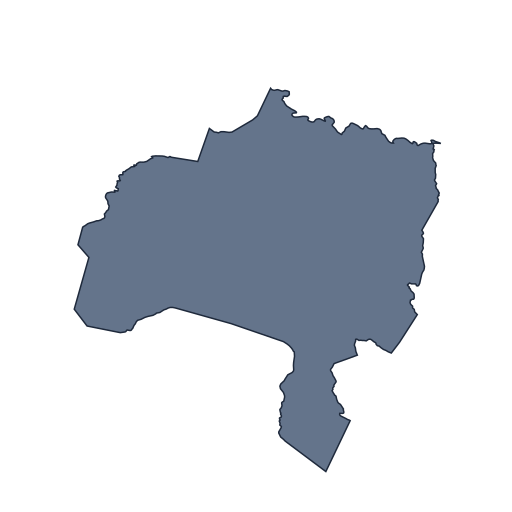 Villa de San Antonio, Comayagua, Honduras, rotated 112°
{"feature_id": "27666195B41071058173253", "entity_name": "Villa de San Antonio", "entity_type": "district", "adm_level": 2, "iso_a3": "HND", "parent_name": "Honduras", "parent_adm1": "Comayagua", "projection": "equal_earth", "projection_center": [-87.548, 14.295], "detail": "fine", "context": "isolated", "style": "filled", "palette": "slate", "viewbox_px": 512, "rotation_deg": 112, "n_neighbors": 0, "source": "geoboundaries", "source_scale": "gbopen_adm2", "svg_char_len": 6039}
<svg xmlns="http://www.w3.org/2000/svg" viewBox="0 0 512 512"><g transform="rotate(112 256 256)"><path d="M82.4,126.8L82.3,128.2L82.6,132.4L82.3,134.9L82.7,136.4L83.3,137.0L85.0,135.4L85.7,135.4L86.3,135.7L86.8,136.6L88.0,141.5L88.8,143.2L90.3,145.0L92.9,147.1L92.9,147.6L92.7,148.2L91.3,149.2L90.7,151.8L90.8,152.5L91.1,152.9L91.7,153.0L92.8,152.8L93.2,153.0L93.3,153.5L92.9,155.8L91.9,158.6L91.3,161.0L91.3,162.9L92.0,165.0L93.9,168.6L94.3,169.9L95.1,170.8L96.4,171.6L98.1,172.1L98.9,171.9L99.8,170.9L100.5,172.8L100.4,174.5L99.9,176.2L97.3,180.0L95.8,181.7L95.4,185.2L93.0,187.2L92.4,188.3L92.2,189.3L92.5,191.5L94.0,194.4L95.0,196.8L95.5,198.9L95.4,200.0L94.3,202.0L94.1,202.7L94.1,203.3L95.3,203.8L97.7,204.2L98.1,204.4L98.3,205.0L98.2,207.2L97.3,209.6L97.0,210.8L96.7,215.3L96.8,216.8L97.6,217.9L100.7,218.4L103.7,220.7L107.2,220.8L109.6,222.1L111.1,222.0L111.4,222.4L110.5,226.9L108.5,229.9L106.6,234.1L105.8,234.5L102.8,233.6L101.9,233.9L101.2,234.4L100.5,235.2L100.1,236.1L99.9,237.1L100.0,238.0L99.3,240.7L99.7,241.5L100.6,242.7L101.7,243.8L102.4,244.3L103.1,244.2L104.7,242.3L105.1,242.3L105.2,243.2L104.9,247.2L105.0,248.4L105.4,249.5L106.2,250.8L106.7,251.3L107.5,251.8L109.8,252.5L110.6,253.6L110.9,254.7L111.0,256.1L110.9,257.8L110.6,258.8L110.2,259.1L109.0,258.8L108.5,259.0L107.8,260.0L107.7,261.2L108.1,262.6L108.9,264.8L111.2,268.8L112.4,271.3L112.8,272.6L112.7,273.7L112.4,274.7L112.0,275.4L111.4,275.7L110.7,275.7L109.6,275.1L108.2,272.3L107.9,272.2L107.4,272.5L106.8,274.5L106.5,278.3L105.4,283.8L103.8,286.5L102.4,287.9L101.8,289.7L101.3,290.4L100.3,290.4L99.3,289.9L98.5,290.4L97.7,290.4L97.4,289.6L97.0,289.3L96.9,288.3L96.4,286.9L94.7,285.8L93.5,285.7L91.3,286.8L91.2,288.5L91.7,291.2L93.1,292.9L93.4,294.1L93.6,298.1L94.0,298.9L95.4,300.8L95.8,302.1L95.8,303.9L95.0,305.3L125.5,307.2L131.1,310.1L150.1,324.7L151.5,327.3L152.7,332.1L153.9,335.1L155.9,337.0L156.1,339.0L156.7,341.1L156.6,341.7L155.2,347.0L190.2,345.4L196.2,371.7L196.0,372.3L196.0,373.0L196.4,373.6L197.2,373.9L197.7,374.6L197.9,378.3L198.5,380.6L200.8,386.6L202.3,389.4L202.9,390.0L203.7,388.5L204.4,389.1L205.2,390.1L209.2,392.7L211.1,395.3L212.3,398.5L213.0,399.6L215.2,401.1L216.6,400.9L217.3,403.2L217.7,403.2L217.9,402.9L218.0,402.0L218.5,402.1L220.1,405.0L222.7,406.5L225.0,408.3L225.7,408.7L226.4,408.7L227.7,410.6L228.9,410.7L229.7,410.1L230.5,410.0L231.6,412.4L232.4,413.0L233.6,413.0L234.6,411.8L235.7,411.5L236.9,410.1L237.4,410.4L238.0,412.2L238.5,412.8L239.1,412.6L239.6,411.9L241.5,411.8L242.3,411.4L244.6,411.9L245.1,411.0L245.2,408.9L247.3,408.4L247.6,408.6L248.2,411.8L248.4,411.8L249.4,410.8L249.7,410.8L250.8,414.0L253.1,417.3L254.1,417.9L255.7,418.1L257.1,417.9L258.3,417.3L260.3,414.4L261.1,413.7L263.0,412.8L264.6,410.9L268.3,410.2L270.4,411.4L272.0,411.6L273.9,412.3L276.0,410.9L277.3,410.8L278.1,411.1L279.2,412.3L280.8,413.5L282.3,415.3L283.1,417.0L285.1,419.2L287.7,422.6L289.1,424.1L292.0,425.9L293.3,427.0L294.2,427.5L312.3,425.3L319.9,410.4L373.4,404.6L384.2,386.4L377.9,353.1L375.5,349.0L375.0,348.5L372.9,347.8L372.3,344.9L371.9,344.2L371.3,343.8L370.2,343.6L369.4,343.2L366.0,343.1L364.1,342.5L362.0,342.4L360.0,341.7L357.7,338.8L354.5,336.0L352.3,333.3L349.6,329.3L347.1,327.2L346.3,327.0L344.4,324.0L340.5,321.3L338.8,319.3L337.2,318.0L335.9,316.4L334.9,314.0L334.4,311.4L328.0,253.6L325.1,198.5L325.9,194.3L326.7,191.5L328.0,188.8L329.1,187.0L330.2,185.8L330.6,184.6L334.6,182.7L340.7,181.2L343.4,180.3L347.4,178.4L348.8,178.2L350.6,178.9L354.2,182.0L359.5,183.0L361.0,183.1L365.4,185.1L367.7,185.1L369.9,183.6L371.9,180.0L372.4,179.3L374.8,177.2L376.1,176.6L380.2,175.9L381.7,177.0L382.4,177.2L383.2,176.9L384.6,176.0L385.4,175.8L387.3,175.7L389.0,176.3L389.6,176.3L391.7,174.9L392.4,174.0L393.0,174.1L393.7,173.8L394.3,172.8L395.0,172.4L396.1,172.4L397.0,173.3L397.5,173.5L398.2,173.2L399.1,172.2L400.3,172.6L402.1,171.0L403.8,170.6L404.5,168.8L404.8,168.5L406.0,168.4L410.5,169.0L411.6,168.6L414.6,165.3L415.7,161.8L416.7,159.6L429.7,110.5L373.4,107.0L373.2,107.9L373.3,109.9L373.0,111.8L372.6,117.1L372.4,118.1L371.9,118.9L371.1,119.3L370.5,119.4L369.5,116.7L369.0,116.1L368.5,115.9L367.6,116.2L365.8,117.5L365.1,117.6L362.1,121.9L361.7,123.1L361.5,124.4L360.9,125.4L358.7,127.5L356.0,129.3L355.6,130.2L355.6,131.0L354.5,132.2L354.1,132.9L352.4,135.0L350.9,134.7L350.2,135.2L349.3,135.4L347.8,134.8L347.2,135.2L346.2,135.4L342.8,134.6L342.4,134.7L341.8,135.1L339.4,137.9L338.1,139.8L335.8,141.7L334.5,143.7L333.7,144.3L332.9,144.3L330.4,143.6L326.5,143.3L310.0,124.9L307.0,127.7L303.9,129.5L302.0,131.3L300.5,131.7L297.4,131.8L296.0,132.4L295.8,132.3L295.3,131.4L295.7,128.9L294.9,127.4L294.3,125.1L293.9,124.4L293.4,122.0L291.3,120.6L290.5,119.4L290.3,118.4L290.5,117.3L291.3,114.8L291.6,112.6L292.0,112.1L292.9,111.5L293.7,109.9L293.4,107.9L294.1,106.2L294.9,102.9L294.9,100.1L295.3,97.6L295.3,94.2L282.2,90.6L249.9,84.5L248.3,88.0L246.3,89.2L245.9,90.0L245.6,91.2L245.1,91.6L244.3,91.8L243.8,92.1L242.9,94.4L241.6,95.7L239.0,96.2L238.8,95.7L237.6,95.0L237.1,93.8L236.4,93.5L235.3,93.7L232.1,95.2L231.2,96.6L230.2,99.3L228.7,100.7L228.2,102.2L227.4,102.2L226.4,104.5L226.1,104.7L225.6,104.7L225.0,104.1L224.1,103.9L223.5,103.5L223.6,101.5L222.1,97.6L222.4,96.9L223.3,96.2L223.4,95.5L223.1,94.7L222.3,94.2L220.0,94.0L210.4,95.6L208.2,95.5L206.3,95.1L204.6,95.3L202.5,95.9L194.1,101.6L191.9,102.4L190.6,104.1L186.4,103.8L185.3,104.3L184.2,105.3L181.0,105.9L177.5,107.1L177.1,107.3L175.8,109.4L175.3,109.9L174.6,110.1L173.2,109.4L172.1,109.3L171.0,110.4L170.0,111.9L137.3,107.5L136.2,108.0L135.1,108.2L134.7,109.0L134.1,109.6L131.9,109.6L131.6,109.1L131.3,109.0L131.0,109.1L130.7,109.7L129.0,109.7L127.6,111.4L126.7,112.3L125.8,114.3L125.2,114.5L123.5,115.9L121.3,115.6L119.6,118.1L118.7,119.0L116.7,118.7L113.1,119.9L111.5,121.1L107.6,122.7L104.7,122.8L103.7,123.6L102.5,124.2L101.0,127.2L98.7,129.1L97.4,129.4L94.9,130.6L92.8,130.1L91.7,130.6L90.7,130.5L90.4,131.0L90.4,131.9L87.3,132.3L85.6,134.0L85.1,133.6L84.4,132.5L83.7,130.8L82.4,126.8Z" fill="#64748b" stroke="#1e293b" stroke-width="1.5"/></g></svg>